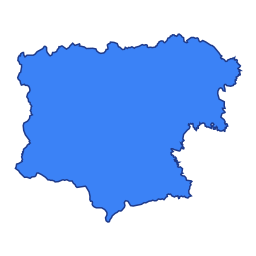 the district of Mandoto, Vakinankaratra, Madagascar
{"feature_id": "10022922B69129581267436", "entity_name": "Mandoto", "entity_type": "district", "adm_level": 2, "iso_a3": "MDG", "parent_name": "Madagascar", "parent_adm1": "Vakinankaratra", "projection": "mercator", "projection_center": [46.306, -19.727], "detail": "fine", "context": "isolated", "style": "filled", "palette": "blue", "viewbox_px": 256, "rotation_deg": 0, "n_neighbors": 0, "source": "geoboundaries", "source_scale": "gbopen_adm2", "svg_char_len": 5756}
<svg xmlns="http://www.w3.org/2000/svg" viewBox="0 0 256 256"><path d="M239.6,69.7L238.7,69.7L237.9,68.4L239.6,67.2L240.4,65.9L239.1,64.5L238.6,64.5L237.8,63.1L236.8,62.3L237.3,60.7L236.9,59.8L236.0,59.6L235.3,60.1L234.3,59.6L234.6,57.7L234.1,58.2L233.1,57.9L232.5,58.7L230.6,58.7L229.3,59.5L228.0,59.8L226.9,61.3L225.6,61.4L224.3,59.7L222.1,58.5L221.6,58.8L220.8,57.9L220.6,57.2L221.6,56.5L221.8,56.0L220.3,55.0L219.3,53.3L214.1,47.0L212.1,45.5L210.9,45.3L205.8,42.0L202.7,40.5L200.7,41.8L199.8,41.7L198.9,40.7L198.2,38.5L197.4,37.9L195.2,38.3L193.8,37.5L191.2,37.5L186.8,40.6L187.5,42.4L186.6,42.7L185.4,42.3L184.0,41.4L183.6,37.7L182.0,36.9L181.3,35.7L179.2,34.1L178.2,34.3L177.5,35.7L176.4,36.3L175.9,35.8L174.7,35.7L174.2,34.9L172.4,34.8L171.7,36.0L170.5,36.0L169.7,37.6L167.9,38.2L167.0,40.5L164.8,42.7L164.0,42.5L163.0,41.1L161.1,40.9L159.0,41.9L158.8,42.7L157.5,44.0L157.0,45.6L155.7,46.2L155.5,47.0L152.2,47.6L150.8,47.2L148.2,47.5L147.3,46.9L147.3,45.5L146.8,44.9L145.9,44.7L144.0,45.2L142.2,44.6L139.1,46.3L135.4,47.3L134.4,48.2L131.9,46.8L130.1,47.7L128.6,47.4L127.3,48.5L125.3,47.3L124.5,49.3L122.4,49.5L119.7,47.1L118.5,46.8L117.2,43.6L114.0,42.4L110.4,42.1L109.9,43.4L108.4,43.9L107.3,45.0L108.0,48.1L107.7,49.3L106.1,49.5L105.6,51.1L103.9,52.9L100.7,53.4L98.7,52.6L96.7,50.9L95.9,48.9L92.7,48.3L86.4,48.5L84.4,47.0L79.4,45.9L79.8,44.6L79.5,43.9L74.9,45.4L72.7,43.2L70.0,45.9L69.2,47.3L66.5,49.1L62.2,46.0L61.3,46.0L60.5,46.7L59.0,46.7L58.7,48.3L57.5,49.4L56.6,51.5L54.4,52.5L52.6,52.5L51.9,54.9L50.2,55.8L49.6,55.5L47.2,52.4L46.6,50.7L46.6,47.7L45.7,46.6L44.8,46.3L44.2,46.5L42.8,48.6L37.1,51.7L35.0,54.2L33.3,55.2L27.0,55.2L25.0,56.9L23.9,55.3L23.5,52.5L22.4,52.6L20.7,53.8L20.4,55.8L19.4,55.4L18.2,57.5L17.9,60.6L18.9,61.5L19.8,64.1L21.5,64.7L21.6,66.9L20.7,72.1L19.5,73.1L17.7,77.6L18.2,79.1L20.1,81.0L20.5,83.1L21.4,85.1L24.4,84.3L25.3,85.3L27.4,85.4L28.8,86.4L29.5,87.8L30.0,90.2L29.4,91.8L28.2,92.9L27.5,94.2L26.8,96.9L28.2,98.9L28.6,101.7L30.1,102.5L30.2,104.3L31.4,105.4L31.7,106.4L31.2,106.9L31.0,109.3L30.3,110.6L31.2,112.1L31.2,113.5L32.3,114.8L29.9,115.8L29.5,118.6L27.5,121.2L23.9,123.1L23.2,125.6L23.7,130.4L25.4,134.8L29.7,140.6L29.2,141.6L30.2,143.0L29.4,143.5L29.3,144.1L28.6,144.1L27.2,145.3L26.7,146.6L23.6,149.2L23.3,151.9L22.7,151.9L22.8,153.3L21.9,153.9L21.9,154.6L22.5,154.9L21.6,156.8L22.5,159.5L21.8,160.5L22.2,161.4L18.9,163.4L16.6,164.1L16.1,167.0L15.4,168.4L18.6,170.7L20.0,172.9L24.5,177.3L26.9,177.2L30.1,178.3L32.0,176.9L34.8,176.6L35.8,175.8L36.8,173.2L38.1,172.9L41.4,174.5L45.6,177.3L48.0,179.9L49.2,179.8L50.7,180.4L52.1,180.3L54.0,180.9L55.1,181.9L58.4,181.6L62.7,179.8L63.5,179.8L64.4,180.3L66.9,179.7L69.3,181.0L72.1,181.0L73.5,183.4L75.0,184.5L75.8,186.3L77.0,187.4L85.3,186.2L86.0,186.7L89.1,191.9L90.0,196.3L89.9,199.7L90.6,201.2L91.5,201.1L92.2,201.6L92.5,202.7L92.2,204.3L92.7,205.5L94.2,206.9L96.3,207.8L101.7,207.8L104.8,209.6L106.7,212.1L107.0,213.2L106.9,215.1L105.5,217.8L106.1,220.7L107.6,221.9L108.9,221.9L109.5,221.3L110.0,219.6L111.6,217.5L112.2,215.9L115.2,213.3L117.2,212.3L118.8,210.8L120.9,211.0L121.7,210.5L124.4,207.3L124.9,205.5L124.3,202.7L125.1,201.2L125.8,200.7L128.0,201.3L130.6,205.6L133.2,206.0L141.5,204.3L144.0,202.7L145.9,202.8L149.0,201.2L151.2,200.9L152.7,200.2L154.7,200.8L156.5,200.6L158.4,199.0L160.8,199.4L162.3,198.8L164.0,199.7L166.2,197.0L167.4,196.5L167.0,194.9L168.3,194.0L169.5,194.4L170.6,194.1L171.9,195.9L174.5,197.0L175.9,196.1L176.6,196.3L177.8,195.8L178.7,198.5L179.4,198.2L179.6,196.8L181.5,196.1L182.9,196.8L184.6,196.3L185.4,197.3L187.9,198.0L189.2,196.6L191.3,195.9L189.0,193.6L188.7,190.6L189.7,188.6L189.8,186.5L191.0,184.8L190.2,183.2L191.9,181.4L191.2,180.9L186.5,180.2L185.9,177.7L184.4,176.1L182.1,175.7L180.8,174.6L181.0,174.0L182.8,173.2L181.9,172.6L182.5,168.7L180.3,166.9L179.0,167.3L177.7,166.7L178.6,164.9L178.1,164.3L177.3,164.5L177.1,163.5L179.1,162.3L176.9,162.2L177.2,160.8L176.9,160.3L175.5,160.7L175.9,161.6L174.7,160.9L174.6,160.1L175.5,160.4L176.2,159.9L175.9,159.1L175.1,159.1L176.3,158.2L175.3,157.0L173.6,157.1L173.3,156.5L173.5,155.8L172.3,154.9L171.7,155.1L171.1,154.0L171.2,152.9L170.6,152.2L171.6,152.6L171.8,152.1L173.2,151.6L171.1,149.0L171.4,148.7L172.8,148.8L174.2,149.6L179.3,151.0L180.1,150.6L181.4,147.7L183.2,148.9L183.8,148.7L183.9,147.7L182.4,146.3L182.7,144.6L182.2,144.3L181.6,144.5L181.0,143.2L182.0,143.8L182.4,141.3L183.4,141.1L184.0,140.4L182.8,138.9L183.6,134.4L187.4,130.0L189.3,128.6L190.0,126.5L188.4,125.0L188.6,124.1L189.4,124.7L190.5,123.5L191.7,124.1L192.3,123.5L192.9,123.6L193.3,127.0L194.3,127.7L194.6,129.0L195.2,129.1L196.2,130.4L196.7,129.6L196.5,127.9L198.3,128.2L198.3,127.1L197.8,126.1L199.5,125.3L199.9,123.2L200.4,124.1L203.0,122.9L204.7,123.5L205.3,126.2L206.0,126.1L206.8,127.1L208.0,126.9L211.2,128.3L211.2,127.2L211.7,126.6L210.8,124.5L211.9,123.1L212.9,123.1L213.9,124.3L212.9,125.3L213.0,128.0L213.5,129.2L215.1,129.2L215.3,128.4L214.7,127.4L215.3,127.2L216.6,128.0L216.8,126.9L217.3,127.6L217.0,129.4L217.5,130.4L218.5,130.0L220.1,131.0L221.8,131.0L223.7,130.0L224.4,131.3L224.8,131.3L225.3,127.7L226.2,128.0L226.5,126.4L227.7,126.1L227.2,124.1L226.2,123.7L225.4,124.4L224.6,122.7L225.2,122.0L224.1,119.7L220.9,117.1L221.8,114.0L222.5,113.3L224.7,112.7L225.1,112.2L222.9,109.6L222.5,108.3L225.0,108.3L224.2,105.9L224.3,101.8L219.2,99.1L217.7,93.8L217.9,91.1L219.2,88.6L220.7,87.8L222.0,88.4L223.1,90.7L225.0,91.2L224.9,89.0L224.1,86.0L224.5,84.6L225.7,84.4L226.8,85.6L230.7,86.2L233.4,85.4L233.6,84.4L235.2,84.0L235.8,83.4L235.2,81.8L235.3,80.0L236.1,80.1L235.9,79.4L236.8,78.4L236.2,77.1L238.0,76.3L238.6,74.7L239.8,75.2L240.2,74.6L240.2,74.0L239.6,73.8L239.8,72.6L239.2,71.5L239.7,71.4L239.6,70.4L240.6,70.4L239.6,69.7Z" fill="#3b82f6" stroke="#1e3a8a" stroke-width="1.5"/></svg>